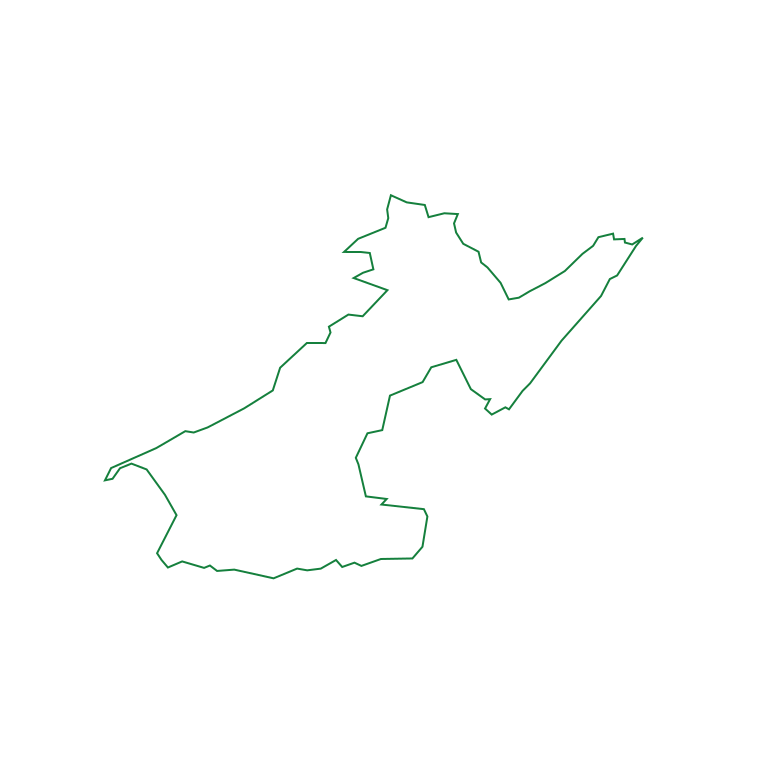 Say, Tillabéri, Niger, rotated 248°
{"feature_id": "23599985B83200163093073", "entity_name": "Say", "entity_type": "district", "adm_level": 2, "iso_a3": "NER", "parent_name": "Niger", "parent_adm1": "Tillabéri", "projection": "equal_earth", "projection_center": [2.303, 12.594], "detail": "fine", "context": "isolated", "style": "outline", "palette": "green", "viewbox_px": 768, "rotation_deg": 248, "n_neighbors": 0, "source": "geoboundaries", "source_scale": "gbopen_adm2", "svg_char_len": 1447}
<svg xmlns="http://www.w3.org/2000/svg" viewBox="0 0 768 768"><g transform="rotate(248 384 384)"><path d="M244.9,374.6L253.0,374.1L273.2,336.5L276.4,343.4L286.6,325.1L319.1,330.2L326.1,330.2L344.5,350.2L341.9,365.1L371.0,385.2L371.3,420.5L381.8,434.1L379.3,460.1L346.7,462.6L331.8,472.0L330.2,476.7L323.4,468.5L315.3,472.4L316.9,487.8L313.7,490.4L325.7,509.9L329.9,519.7L357.7,564.9L384.3,618.2L396.7,632.7L397.3,640.8L417.6,669.4L422.7,678.8L420.4,666.4L424.9,660.4L428.4,661.3L431.9,651.5L437.6,652.7L439.8,637.8L433.8,629.7L430.3,616.7L421.0,594.0L417.1,571.4L415.4,553.8L413.5,541.4L415.7,531.3L434.1,530.0L453.3,523.6L460.3,519.6L471.2,521.2L484.3,510.0L497.4,507.6L506.7,509.1L513.9,516.1L519.7,503.9L522.0,487.8L534.7,488.9L543.9,473.1L556.4,461.1L544.7,452.3L536.2,450.1L528.3,443.9L528.3,414.4L521.4,396.4L515.1,411.9L510.8,419.9L494.3,417.1L495.0,406.2L493.6,395.6L483.5,406.9L469.7,422.3L454.8,389.6L461.7,377.0L457.8,354.4L451.8,353.7L443.9,345.1L450.9,327.8L438.0,293.8L419.7,278.5L413.8,245.2L409.8,204.1L410.3,189.4L414.7,182.1L409.9,148.9L408.3,99.5L399.2,89.2L397.8,96.8L404.8,107.7L404.8,120.0L393.7,131.9L363.3,139.4L340.1,142.5L312.1,110.2L304.2,111.8L294.8,114.9L295.1,130.4L280.9,148.3L280.9,154.6L273.2,159.2L268.0,175.6L245.2,208.8L245.4,234.3L240.0,243.0L236.5,256.2L238.8,273.6L230.0,276.7L229.4,289.7L223.8,294.9L222.9,315.6L211.6,345.0L218.7,358.7L244.9,374.6Z" fill="none" stroke="#15803d" stroke-width="2"/></g></svg>